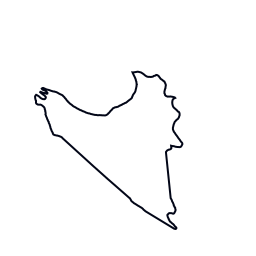 Cidade De Quelimane, Zambezia, Mozambique (Robinson projection), rotated 123°
{"feature_id": "85939544B40669081557189", "entity_name": "Cidade De Quelimane", "entity_type": "district", "adm_level": 2, "iso_a3": "MOZ", "parent_name": "Mozambique", "parent_adm1": "Zambezia", "projection": "robinson", "projection_center": [36.901, -17.867], "detail": "fine", "context": "isolated", "style": "outline", "palette": "ink", "viewbox_px": 256, "rotation_deg": 123, "n_neighbors": 0, "source": "geoboundaries", "source_scale": "gbopen_adm2", "svg_char_len": 5873}
<svg xmlns="http://www.w3.org/2000/svg" viewBox="0 0 256 256"><g transform="rotate(123 128 128)"><path d="M78.9,154.5L79.4,153.8L79.6,153.3L80.1,152.7L80.4,152.1L80.9,151.4L81.2,150.7L81.7,150.0L82.1,149.3L82.6,148.8L82.9,148.1L83.6,147.5L84.1,147.0L84.6,146.2L85.4,145.6L86.1,145.0L86.6,144.3L87.3,144.3L88.0,143.7L88.7,143.5L89.4,143.2L89.9,143.0L90.7,142.7L91.4,142.5L92.9,141.9L93.5,141.8L94.1,141.7L95.5,141.7L96.2,141.8L97.0,141.8L97.8,141.8L98.3,141.7L98.9,141.5L99.6,141.5L100.3,141.2L101.0,141.2L101.7,141.4L102.2,141.5L103.0,141.8L103.7,142.1L104.4,142.3L105.8,142.8L106.7,143.0L107.3,143.3L108.0,143.5L108.6,144.1L109.4,144.5L110.0,144.8L110.8,145.4L111.3,145.7L112.1,145.9L112.6,146.4L113.3,146.7L113.9,147.3L114.6,147.5L115.3,147.8L116.0,148.3L116.5,148.9L117.2,149.4L117.5,150.0L118.0,150.3L118.9,150.8L119.6,151.3L120.4,151.4L121.0,151.4L121.5,151.6L122.2,151.6L122.7,151.8L123.5,152.0L124.2,152.0L125.8,152.2L126.4,152.5L127.1,152.5L127.7,152.6L128.4,153.0L128.9,153.2L129.7,153.8L130.3,154.6L130.6,155.2L131.1,156.0L131.6,156.8L131.9,157.6L132.4,158.3L132.8,159.1L133.5,159.9L134.0,160.8L134.2,161.5L134.7,162.3L135.2,163.2L135.4,163.9L135.7,164.6L136.0,165.6L136.5,166.8L136.6,167.4L136.8,168.3L137.2,169.0L137.6,170.4L137.8,171.3L138.0,171.9L138.0,173.2L138.2,173.7L138.3,174.6L138.6,175.2L138.6,176.7L138.8,177.3L139.0,177.8L139.0,178.5L139.1,179.4L139.1,180.2L139.3,181.0L139.3,181.8L139.3,183.6L139.4,184.2L139.5,185.0L139.5,186.5L139.3,187.1L139.2,188.7L139.2,189.5L139.1,190.3L138.9,191.2L138.7,192.0L138.7,192.6L138.3,193.4L138.3,194.0L138.0,194.8L137.6,195.6L137.4,196.4L137.2,197.3L136.9,197.9L136.7,198.7L136.6,199.6L136.3,200.4L136.3,201.1L136.3,201.7L136.5,202.6L136.7,204.3L136.8,206.7L137.1,208.3L137.4,208.9L137.6,209.9L138.1,210.6L138.3,211.5L138.5,212.1L138.7,212.8L139.0,214.2L139.2,215.0L139.4,215.6L139.7,216.4L139.9,217.0L140.1,217.8L140.3,218.6L140.3,219.4L140.5,220.2L140.6,220.9L141.1,221.5L141.9,221.8L142.3,221.0L142.3,220.2L141.9,218.8L141.9,218.3L141.8,217.5L141.8,216.9L142.1,215.6L142.3,214.8L143.0,214.4L143.5,214.7L143.8,215.6L143.8,216.3L144.2,217.1L144.7,218.3L144.9,219.2L145.1,220.0L145.2,220.6L145.5,221.5L145.6,221.9L145.7,221.5L145.9,220.6L146.1,219.0L146.1,218.4L146.2,217.5L146.2,216.0L146.3,215.4L146.8,213.8L147.4,213.4L148.8,213.4L149.4,213.8L150.2,215.3L150.3,216.0L150.4,216.8L150.4,217.6L150.3,218.4L150.1,219.2L150.0,219.8L150.0,220.3L150.0,221.1L150.1,222.5L150.2,223.1L150.9,223.2L151.5,223.2L152.2,223.1L153.0,222.5L153.5,222.1L154.1,221.5L154.9,220.7L155.1,220.1L155.8,219.6L156.4,219.3L157.1,218.8L157.5,218.0L157.5,216.5L157.1,215.7L156.6,214.9L156.1,214.2L155.9,213.3L155.9,211.7L156.1,211.1L156.1,210.3L156.3,209.7L156.5,209.2L157.1,208.4L157.8,207.8L158.3,207.0L159.0,206.6L159.5,205.9L160.2,205.4L160.9,204.8L161.6,204.6L162.1,203.8L162.8,203.0L163.8,201.4L164.6,200.5L164.8,199.9L165.4,199.3L165.8,198.5L166.0,197.9L166.8,197.3L167.3,196.4L167.8,195.5L168.4,195.0L169.3,193.8L170.0,193.2L170.5,192.6L170.9,191.8L171.7,190.9L172.2,190.1L172.7,189.1L173.0,188.5L173.6,188.0L174.1,186.9L173.9,186.1L173.8,185.3L173.5,184.8L173.3,184.0L172.8,183.1L172.6,182.2L172.3,181.6L172.3,181.0L172.1,180.4L171.9,179.5L171.9,178.9L171.9,177.9L172.3,177.1L172.3,176.6L178.8,136.9L181.8,117.4L185.9,88.8L185.9,88.1L186.2,87.6L186.6,86.7L187.0,86.1L187.4,85.3L187.5,84.5L187.6,83.7L187.6,82.9L187.8,82.3L187.8,81.5L187.7,80.8L187.7,78.6L187.7,77.8L187.7,77.0L187.6,76.1L187.6,74.4L187.5,73.6L187.5,73.0L187.6,72.2L187.7,71.4L188.0,70.6L188.1,69.7L188.1,69.2L188.3,68.3L188.3,67.5L187.3,34.4L187.0,33.6L186.7,33.0L186.2,32.8L185.5,32.9L185.1,33.6L185.0,34.4L184.9,35.2L184.5,36.2L184.2,36.9L184.0,37.8L184.0,38.7L183.8,40.1L183.6,40.9L183.6,41.8L183.2,42.6L182.7,43.3L182.6,43.9L181.8,44.6L181.6,45.2L181.1,46.0L180.4,46.8L179.6,47.6L178.9,47.6L178.2,47.4L177.4,47.3L176.8,46.9L176.3,46.1L176.0,45.6L175.6,44.8L175.5,44.0L175.0,43.1L174.3,42.9L173.7,42.9L173.0,43.0L172.2,43.0L171.7,43.2L171.1,43.3L170.5,43.7L170.0,44.4L169.2,45.0L169.0,45.8L168.5,46.3L168.2,47.3L167.5,47.8L166.5,49.2L166.0,49.9L165.8,50.5L165.3,51.3L164.8,51.8L164.3,52.6L163.6,54.0L128.0,82.7L127.4,83.1L126.6,83.0L126.0,83.0L125.2,82.8L124.6,82.4L124.0,82.1L123.5,81.4L122.7,80.9L122.0,80.6L121.1,80.7L120.6,81.3L120.0,81.7L119.4,82.2L119.0,81.0L118.5,80.1L118.2,79.4L118.0,78.6L117.8,77.8L117.5,77.3L117.3,76.7L116.8,75.9L116.5,75.3L116.0,74.4L115.5,73.8L114.7,73.4L113.4,73.4L111.9,73.6L111.2,74.2L110.9,74.8L110.7,75.7L110.5,76.4L110.2,77.1L109.8,77.9L109.3,79.4L109.1,80.1L108.5,81.4L108.2,82.2L107.9,82.9L107.7,83.5L107.5,84.2L107.2,84.9L106.8,85.6L106.5,86.5L106.3,87.0L106.1,87.7L105.6,88.2L105.1,89.0L104.8,89.5L104.3,89.8L103.5,90.4L102.1,90.9L101.3,91.2L100.7,91.4L100.0,91.7L99.3,91.7L98.5,91.9L97.9,92.1L97.1,92.1L96.4,91.9L95.7,91.9L95.2,91.7L94.6,91.7L93.3,91.1L91.3,91.1L90.5,91.4L89.8,91.5L89.1,91.7L88.4,92.2L87.7,92.7L87.2,93.3L86.8,94.2L87.0,94.9L86.8,95.8L86.4,97.0L86.4,97.7L86.2,98.4L86.2,99.0L86.0,99.8L86.0,100.4L85.8,101.1L85.5,101.7L85.0,102.5L83.5,104.1L82.9,104.4L82.3,105.0L81.0,105.5L80.5,105.8L79.0,105.8L78.4,105.6L77.9,105.3L77.1,104.8L76.9,105.6L77.2,106.2L77.4,107.1L77.6,107.6L77.9,108.4L78.3,109.1L78.5,109.7L79.0,110.2L79.5,111.1L80.0,111.6L80.4,113.2L80.4,114.0L80.2,114.8L79.5,115.4L79.2,116.2L78.5,116.7L77.8,117.2L77.2,117.4L76.5,117.7L75.0,118.2L74.4,118.2L73.7,118.6L73.0,118.9L72.2,119.3L71.4,119.6L70.2,121.1L69.8,122.0L69.2,122.7L69.2,124.4L69.0,125.2L69.0,126.1L69.0,126.9L68.9,127.7L68.5,128.5L68.3,129.3L67.9,130.1L67.7,130.9L67.7,131.7L67.8,132.6L68.2,133.3L69.0,133.5L69.7,134.1L70.3,134.7L70.8,134.9L71.4,135.1L72.2,136.0L72.8,136.6L73.1,137.3L74.1,138.9L74.4,139.7L74.6,140.5L74.6,141.3L74.6,142.2L74.4,143.6L74.3,145.1L74.3,147.2L74.5,147.9L74.8,148.7L75.0,149.3L75.3,150.1L75.8,150.9L76.5,151.6L77.5,152.7L78.7,154.1L78.9,154.5Z" fill="none" stroke="#020617" stroke-width="2"/></g></svg>